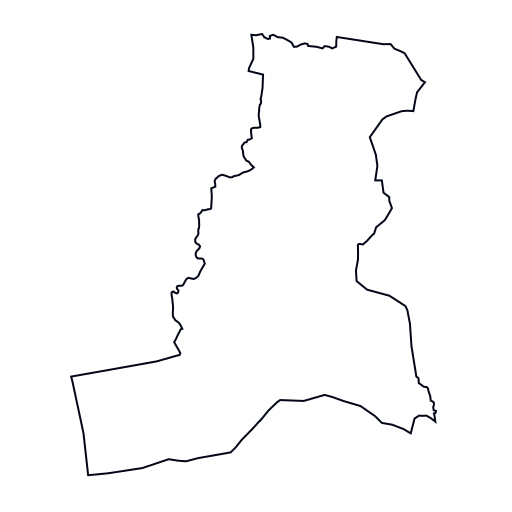 Dan Musa, Katsina, Nigeria, rotated 271°
{"feature_id": "59680162B93375949891062", "entity_name": "Dan Musa", "entity_type": "district", "adm_level": 2, "iso_a3": "NGA", "parent_name": "Nigeria", "parent_adm1": "Katsina", "projection": "albers", "projection_center": [7.324, 12.26], "detail": "fine", "context": "isolated", "style": "outline", "palette": "ink", "viewbox_px": 512, "rotation_deg": 271, "n_neighbors": 0, "source": "geoboundaries", "source_scale": "gbopen_adm2", "svg_char_len": 3383}
<svg xmlns="http://www.w3.org/2000/svg" viewBox="0 0 512 512"><g transform="rotate(271 256 256)"><path d="M461.4,401.0L463.7,396.0L465.6,390.9L470.2,386.9L470.0,379.5L473.6,353.4L476.4,333.0L472.6,332.6L466.7,332.5L464.9,328.5L466.5,325.4L467.1,321.0L464.7,318.9L466.2,313.2L466.9,304.5L468.9,303.8L469.4,300.9L468.1,296.8L466.1,293.4L465.8,290.2L470.2,287.7L472.5,283.5L474.7,279.1L475.2,273.9L477.5,269.3L476.2,266.0L473.7,266.2L473.2,264.2L474.8,260.6L478.1,258.2L476.7,252.2L477.1,247.5L464.3,249.7L453.1,249.9L443.9,245.8L440.8,245.4L437.5,259.9L424.1,259.6L415.0,258.4L412.9,257.8L411.2,258.4L408.4,258.2L407.3,257.2L404.2,256.7L403.2,256.6L402.4,256.6L401.2,256.6L398.7,256.3L395.6,256.3L392.4,257.0L387.5,257.9L384.9,258.0L384.2,255.2L384.2,252.1L383.7,249.9L382.5,248.8L378.6,249.0L373.7,249.8L372.2,247.2L372.1,245.7L369.8,244.7L369.1,242.4L366.8,240.8L365.8,240.0L363.9,239.9L360.8,241.1L357.1,241.5L355.0,242.1L351.1,244.8L350.1,247.2L347.3,249.3L344.6,252.3L342.5,249.9L341.0,247.3L339.9,244.1L339.3,241.6L336.7,237.6L336.0,235.0L335.6,233.4L335.4,232.2L334.5,231.1L334.1,229.1L334.6,227.1L335.2,225.7L336.7,220.8L335.3,217.4L332.3,214.2L330.1,213.3L327.2,214.0L324.6,214.1L322.9,210.1L314.4,210.8L302.7,210.3L302.0,208.8L301.9,207.2L301.1,204.9L300.8,203.3L301.0,201.6L299.8,201.0L297.8,199.5L296.6,197.5L294.3,197.7L292.3,198.2L290.5,198.4L289.2,198.6L287.7,198.5L286.0,198.7L283.9,198.6L282.8,198.5L281.9,197.8L280.6,198.0L279.4,197.8L277.7,198.1L275.3,197.2L273.1,195.6L271.3,194.9L269.0,195.0L267.5,196.3L266.3,198.7L264.7,199.9L262.6,199.2L261.4,198.0L259.6,196.4L257.4,195.7L256.0,195.7L254.2,196.2L252.7,197.5L252.5,199.6L252.5,201.9L251.8,203.3L249.8,204.2L247.4,204.9L244.1,203.0L239.5,200.5L235.0,198.7L232.9,196.2L231.9,194.1L233.0,188.7L231.6,186.7L225.5,183.5L224.9,182.0L225.0,180.0L224.5,177.9L223.0,177.3L221.7,177.7L220.5,178.9L219.3,179.0L218.0,178.7L217.2,177.5L217.8,175.8L219.1,173.9L218.2,172.3L216.0,172.2L211.8,173.0L203.4,174.0L196.2,173.8L193.8,174.2L190.3,176.5L188.1,179.8L186.1,181.4L181.9,183.6L181.5,182.1L174.9,178.8L172.0,177.6L168.3,175.7L159.7,180.9L157.5,182.0L155.6,181.3L155.4,179.9L148.9,158.5L132.2,73.3L126.7,74.8L75.8,86.6L33.9,92.0L34.8,100.1L36.1,111.4L42.0,146.0L51.3,172.3L50.0,181.6L49.5,189.5L53.0,202.0L59.2,234.1L64.6,239.3L71.7,244.7L83.0,255.4L88.4,260.1L92.0,263.3L91.8,263.4L102.2,271.6L110.4,279.9L112.4,282.7L111.9,306.2L118.3,327.0L116.5,334.3L112.5,346.1L107.8,363.1L98.0,377.8L91.3,384.8L89.7,395.2L89.0,397.0L87.4,401.4L85.5,406.7L83.1,410.7L81.4,413.8L96.3,417.4L99.2,421.8L99.1,425.6L99.4,429.1L96.9,433.7L93.5,438.2L99.2,437.3L101.7,436.6L102.3,438.3L104.1,438.7L105.1,436.3L108.2,435.8L109.9,436.5L112.5,436.4L113.6,435.1L114.4,433.3L119.5,432.5L122.8,431.2L126.8,430.1L127.9,429.0L128.2,426.1L130.2,423.3L131.7,421.0L134.6,420.8L136.8,420.5L137.4,419.6L138.3,418.4L141.8,417.8L168.7,413.0L191.0,411.1L204.4,408.3L208.5,406.3L218.6,390.1L224.3,367.6L232.7,357.0L243.3,356.2L253.9,358.0L261.0,358.0L269.0,357.7L269.9,358.8L269.4,362.7L272.8,366.5L278.4,371.4L280.5,373.7L286.8,375.6L294.1,384.2L300.3,387.8L306.3,391.1L313.4,388.3L317.2,388.2L321.5,382.4L333.8,380.5L333.7,373.9L348.1,375.8L359.2,374.1L376.8,367.7L394.9,380.1L397.9,384.2L403.4,399.3L403.9,404.9L403.6,410.8L413.5,412.4L416.0,412.8L422.5,414.2L432.7,421.9L434.9,418.1L461.4,401.0Z" fill="none" stroke="#020617" stroke-width="2"/></g></svg>